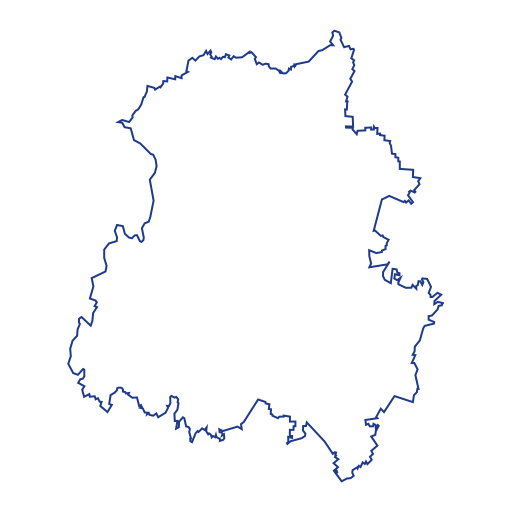 the district of Chicontepec, Veracruz, Mexico
{"feature_id": "50627088B30758784507478", "entity_name": "Chicontepec", "entity_type": "district", "adm_level": 2, "iso_a3": "MEX", "parent_name": "Mexico", "parent_adm1": "Veracruz", "projection": "equal_earth", "projection_center": [-98.042, 21.007], "detail": "fine", "context": "isolated", "style": "outline", "palette": "blue", "viewbox_px": 512, "rotation_deg": 0, "n_neighbors": 0, "source": "geoboundaries", "source_scale": "gbopen_adm2", "svg_char_len": 5988}
<svg xmlns="http://www.w3.org/2000/svg" viewBox="0 0 512 512"><path d="M70.2,348.7L70.8,356.2L68.3,363.8L73.2,373.1L77.9,374.8L83.1,369.0L84.3,369.7L84.3,376.3L82.8,378.7L80.3,379.2L78.2,382.9L84.4,386.2L82.2,389.7L84.1,396.8L89.3,394.1L89.8,396.7L94.7,396.3L95.7,399.3L97.9,398.2L99.7,401.7L101.6,401.9L100.3,406.0L107.5,412.0L111.8,404.9L109.2,404.0L110.6,395.1L114.7,392.6L117.0,390.2L117.3,388.1L118.9,387.6L121.5,387.8L123.0,389.4L122.9,391.6L125.2,392.0L125.8,393.4L128.9,393.0L128.1,394.6L132.3,397.7L137.0,397.5L139.2,406.2L141.0,405.1L141.8,406.9L140.5,407.9L142.9,408.5L144.7,412.5L147.3,412.7L147.0,414.4L148.8,413.0L149.6,414.9L153.3,415.7L156.3,413.4L158.2,417.2L165.6,412.7L168.1,407.7L167.2,405.9L168.9,406.1L170.4,403.2L170.2,397.0L171.5,395.9L174.5,397.6L176.2,396.9L178.2,399.4L177.6,402.3L178.5,403.2L177.4,409.7L174.4,413.7L174.8,421.0L177.4,420.9L176.1,428.7L178.8,427.2L179.2,421.6L182.9,417.3L184.3,418.2L186.1,426.4L188.6,427.0L189.9,429.0L189.2,432.0L191.0,438.5L190.2,438.7L190.4,441.2L192.0,442.2L195.7,433.1L197.6,431.1L198.5,432.0L202.1,428.4L204.7,430.0L206.6,427.4L206.2,431.3L208.2,434.3L209.1,433.4L210.8,434.6L211.7,437.4L213.0,436.0L215.2,437.2L215.9,434.9L216.4,437.0L220.1,439.2L219.9,440.9L223.3,439.8L224.3,438.1L223.9,434.2L222.1,435.5L222.6,434.0L221.7,432.5L219.6,432.2L219.3,429.3L222.9,431.0L237.6,426.6L241.7,429.1L241.0,424.1L243.7,422.1L258.1,399.5L265.4,401.9L265.7,403.5L269.4,404.2L268.8,408.9L271.0,409.3L270.7,414.0L272.4,414.5L272.4,415.7L278.0,418.2L279.2,416.7L283.7,416.6L283.7,415.6L290.0,416.6L289.9,421.6L295.4,421.5L295.4,426.2L293.6,426.2L293.5,429.9L289.9,429.9L289.8,436.0L292.1,436.0L292.1,437.9L288.2,436.9L288.3,442.0L287.0,443.0L287.4,443.9L290.7,441.2L301.7,438.2L305.0,436.0L305.4,433.6L302.9,430.4L303.2,426.0L306.0,426.0L306.8,422.4L324.6,441.5L332.8,453.8L334.6,452.2L336.1,452.6L335.2,454.9L336.1,455.5L335.0,457.1L338.3,459.2L333.6,463.2L338.0,467.2L333.9,470.7L335.0,472.3L336.7,470.9L337.2,472.3L335.8,473.4L341.7,481.3L346.7,478.6L350.7,478.1L353.7,475.8L352.3,472.8L352.6,470.1L357.1,467.4L357.6,468.4L358.8,465.8L360.5,467.0L362.7,462.4L364.8,464.0L366.0,461.5L367.4,464.1L371.7,459.8L370.0,456.7L373.0,454.0L371.3,450.8L377.4,445.6L371.2,436.5L375.3,434.9L375.8,431.2L378.7,425.9L377.8,425.0L375.8,427.9L375.5,424.9L373.5,423.8L373.0,426.3L369.8,426.3L368.4,423.8L366.0,424.8L365.4,420.0L377.4,418.2L376.2,417.0L380.8,408.7L384.0,412.1L394.5,396.1L412.9,402.1L413.9,395.3L416.9,392.1L417.4,388.8L418.5,388.9L415.4,375.1L417.6,369.4L414.4,363.1L411.8,363.0L415.3,355.1L412.7,354.8L414.6,351.3L414.8,346.6L419.8,340.5L423.2,328.4L424.7,325.9L433.9,323.6L434.2,322.0L428.7,319.7L428.6,316.2L432.0,315.5L437.6,309.4L438.7,305.9L441.8,305.3L442.0,303.4L443.7,303.2L437.8,301.9L434.3,304.2L434.5,301.0L441.2,294.7L437.5,292.8L432.4,297.0L430.6,297.0L430.4,294.7L428.7,293.0L431.0,286.8L427.1,278.9L422.4,278.4L421.9,279.5L423.4,282.1L422.3,284.9L420.2,281.3L418.5,281.2L417.8,285.0L416.2,286.1L416.3,288.7L412.6,284.9L411.4,287.7L405.8,287.8L398.5,284.3L398.3,282.6L400.5,277.8L397.2,280.2L394.3,278.5L395.0,274.2L399.5,275.3L399.5,273.2L397.4,272.6L396.6,269.4L392.6,268.8L390.8,283.2L384.8,279.8L383.0,276.1L383.1,272.1L389.6,261.6L387.5,264.3L369.4,267.3L371.1,263.5L369.3,256.0L369.2,250.2L376.3,253.1L381.8,252.0L382.0,250.5L385.6,249.1L385.5,246.0L386.8,245.3L386.7,243.3L388.6,239.8L383.4,237.1L382.7,235.5L380.7,235.8L375.0,230.5L373.7,230.8L381.9,199.5L389.2,195.9L403.6,202.1L404.9,200.9L406.1,202.6L408.6,200.4L411.2,203.8L413.0,202.2L408.0,195.2L409.7,192.4L409.1,191.7L410.6,190.6L414.7,192.5L415.4,191.8L414.2,190.1L419.5,184.2L418.2,181.3L420.3,178.2L412.9,177.0L413.2,169.8L399.8,168.9L399.8,161.5L398.3,161.3L398.3,157.8L395.4,157.2L395.4,154.1L392.0,153.7L391.0,145.7L389.7,143.1L390.2,141.0L384.4,140.2L384.6,135.7L380.0,135.1L380.1,133.6L377.2,133.9L377.5,128.0L374.9,128.0L374.0,126.7L373.8,129.5L371.1,129.5L371.2,127.5L365.3,127.8L365.3,130.4L357.5,130.8L356.7,134.2L352.6,129.5L352.8,127.8L346.0,127.6L345.9,126.4L353.1,126.6L352.7,116.8L345.4,116.1L345.1,109.4L346.8,109.6L347.3,101.8L348.3,101.2L346.1,101.3L347.5,96.6L345.1,94.6L352.1,81.6L350.3,78.8L354.5,71.1L352.3,69.2L354.3,65.1L353.1,62.4L354.1,60.3L351.3,58.3L354.0,50.0L353.5,48.8L350.5,49.3L349.0,45.9L344.1,47.2L340.5,39.7L341.4,38.0L339.3,32.4L334.3,30.7L332.4,32.4L333.1,35.8L330.1,41.5L333.2,45.3L330.2,45.2L322.2,50.2L318.5,51.0L308.7,61.6L296.0,64.2L295.4,65.7L294.4,64.7L294.2,66.1L293.9,65.6L293.0,65.1L294.0,65.8L291.1,66.9L290.9,69.5L288.9,68.6L288.6,70.7L286.0,73.3L283.1,73.4L281.0,71.5L281.3,73.0L280.2,73.1L278.9,70.7L275.6,68.5L270.6,68.5L268.8,66.3L268.6,64.2L265.4,63.7L262.9,64.8L258.9,62.5L256.8,64.2L254.8,58.9L255.9,57.1L251.5,52.2L249.6,52.9L249.5,51.8L242.1,57.3L235.9,57.7L233.7,56.2L231.1,59.5L228.4,57.5L229.3,55.5L225.9,54.2L224.9,57.2L222.9,56.8L221.0,59.1L219.5,57.8L217.9,58.8L215.9,56.5L214.7,59.2L210.9,57.6L211.6,56.6L210.2,54.5L211.3,52.3L210.5,50.6L207.5,54.0L206.1,50.9L203.5,55.2L199.4,56.4L195.4,60.6L192.3,57.8L188.5,60.6L186.4,71.2L187.9,71.9L181.6,75.4L181.6,78.2L175.3,76.1L175.2,79.3L167.4,77.5L167.2,81.4L163.3,81.1L163.1,83.7L160.5,87.3L159.9,86.6L155.1,89.6L154.4,87.9L147.5,85.9L146.8,91.8L144.5,97.0L143.5,97.2L141.3,104.4L138.3,109.3L135.8,110.8L132.4,115.3L132.6,117.5L129.1,122.0L122.0,120.0L118.1,122.1L122.2,122.8L124.6,127.2L130.7,128.3L134.0,140.1L140.3,143.5L150.8,154.0L153.2,154.7L155.6,159.7L156.6,166.1L154.9,172.8L149.8,179.7L153.6,200.7L150.2,217.4L148.7,221.7L144.7,223.3L141.9,228.2L143.8,237.6L143.4,240.1L141.5,241.9L139.9,241.2L137.0,235.2L134.7,235.4L132.0,238.2L128.9,237.5L124.9,233.8L122.8,226.1L117.0,225.0L114.8,230.8L117.0,237.3L116.7,241.1L109.0,243.4L104.2,249.6L104.2,257.9L106.6,265.9L105.5,271.5L91.7,278.1L93.4,286.4L89.9,298.5L95.5,300.5L96.8,302.4L94.6,306.1L97.0,307.1L93.2,312.9L92.3,321.3L90.7,325.7L81.5,317.0L79.0,318.8L78.9,322.3L79.9,323.9L77.6,329.4L77.1,335.8L72.6,340.6L70.2,348.7Z" fill="none" stroke="#1e3a8a" stroke-width="2"/></svg>